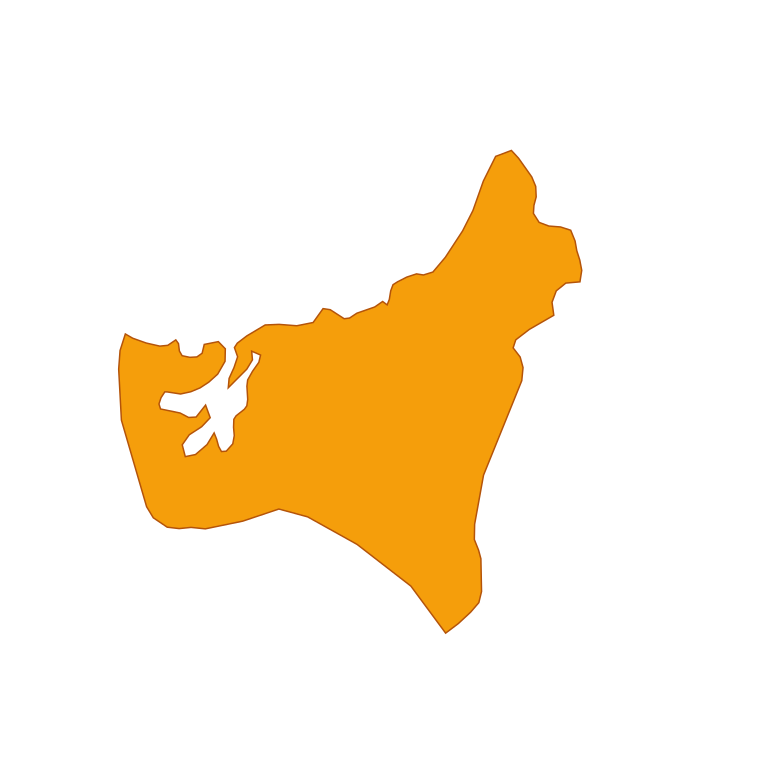 SVG path tracing the border of North Andros, rotated 44°
{"feature_id": "BHS-5019", "entity_name": "North Andros", "entity_type": "District", "adm_level": 1, "iso_a3": "BHS", "parent_name": "The Bahamas", "parent_adm1": "", "projection": "albers", "projection_center": [-78.177, 24.834], "detail": "fine", "context": "isolated", "style": "filled", "palette": "amber", "viewbox_px": 768, "rotation_deg": 44, "n_neighbors": 0, "source": "natural_earth", "source_scale": "10m", "svg_char_len": 1862}
<svg xmlns="http://www.w3.org/2000/svg" viewBox="0 0 768 768"><g transform="rotate(44 384 384)"><path d="M356.1,612.3L344.8,621.2L337.1,630.3L327.5,637.6L311.0,640.5L298.5,637.2L220.2,592.4L182.8,557.6L170.9,543.3L163.2,527.7L171.5,525.6L184.5,519.7L196.4,512.5L201.6,506.4L203.6,496.9L208.1,497.7L213.9,502.4L219.1,503.9L225.8,499.7L230.6,494.5L231.8,488.2L227.2,480.4L235.4,468.6L245.4,468.9L253.9,478.1L257.5,492.4L256.7,504.2L254.4,514.5L250.4,523.8L244.6,532.5L233.7,540.2L231.8,541.9L233.1,548.7L236.0,554.7L240.6,557.2L257.5,546.5L266.7,543.8L271.8,538.3L270.3,523.1L282.4,529.0L282.5,541.4L279.2,555.8L281.1,567.9L291.5,574.3L297.4,565.7L298.8,550.5L295.8,537.2L301.8,539.9L308.4,543.8L314.0,545.5L317.2,541.9L316.8,532.1L312.2,525.2L305.9,519.7L300.5,513.7L299.7,509.6L301.1,499.2L300.5,495.0L296.7,489.8L286.9,480.8L283.1,475.8L280.6,466.2L278.9,455.3L275.1,448.9L266.0,452.3L272.6,458.0L275.0,468.7L274.6,494.9L268.7,487.6L264.7,476.4L259.8,466.1L251.1,461.7L250.1,456.5L251.9,444.7L257.5,424.1L267.1,414.0L280.8,402.7L290.3,389.0L287.8,372.1L293.7,367.9L310.0,364.7L313.4,360.5L315.3,351.9L323.8,335.1L325.7,325.6L331.3,324.9L329.1,319.5L324.1,312.3L321.5,306.3L322.8,300.9L326.1,291.3L330.9,282.2L336.6,278.2L341.4,269.5L340.1,250.2L334.2,219.3L327.5,197.5L314.5,169.0L306.2,142.7L313.4,127.5L323.9,128.1L346.5,132.4L355.9,136.5L363.5,143.7L367.8,151.4L373.0,157.5L383.3,160.0L392.8,155.9L401.9,148.4L411.5,143.7L422.1,148.4L430.1,154.2L438.8,158.9L447.3,164.9L454.0,174.4L444.7,185.1L443.2,197.3L448.1,208.5L458.4,216.6L450.6,243.8L448.1,260.7L451.8,268.3L463.2,270.0L472.6,275.6L480.8,285.9L518.9,380.4L546.6,421.9L557.0,433.1L567.6,437.9L575.1,442.4L598.3,465.5L604.1,475.4L604.8,487.7L603.9,504.6L601.4,520.4L543.7,510.7L476.0,518.1L421.4,532.6L395.2,547.0L377.7,580.7L356.1,612.3Z" fill="#f59e0b" stroke="#b45309" stroke-width="1.5"/></g></svg>